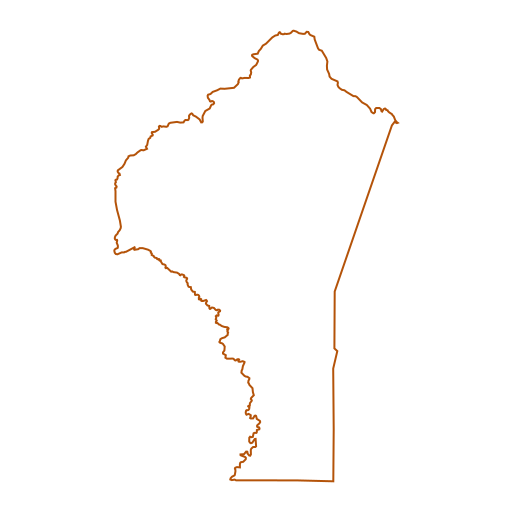 outline of Gondola, Manica, Mozambique
{"feature_id": "85939544B20117006553770", "entity_name": "Gondola", "entity_type": "district", "adm_level": 2, "iso_a3": "MOZ", "parent_name": "Mozambique", "parent_adm1": "Manica", "projection": "orthographic", "projection_center": [33.733, -19.19], "detail": "fine", "context": "isolated", "style": "outline", "palette": "amber", "viewbox_px": 512, "rotation_deg": 0, "n_neighbors": 0, "source": "geoboundaries", "source_scale": "gbopen_adm2", "svg_char_len": 6029}
<svg xmlns="http://www.w3.org/2000/svg" viewBox="0 0 512 512"><path d="M297.1,480.4L333.3,481.3L333.7,429.1L333.2,368.6L337.3,351.1L334.4,348.4L334.7,291.5L391.9,125.4L394.5,122.0L396.9,123.1L397.7,122.8L396.6,122.0L395.2,120.1L393.8,116.5L392.4,115.0L392.0,114.2L389.1,112.3L387.9,111.1L387.6,110.3L386.1,109.9L385.7,108.9L385.0,108.5L383.7,109.1L382.1,111.6L381.5,111.2L380.9,109.1L379.4,108.0L376.2,108.0L375.1,109.2L375.0,112.1L374.0,113.2L373.4,113.3L371.5,112.0L370.1,108.7L366.8,105.0L362.1,102.4L356.9,97.0L355.5,96.2L353.4,96.1L346.5,91.9L344.5,90.3L341.9,89.8L339.6,88.2L338.3,86.8L337.5,84.9L337.9,82.8L337.5,81.4L331.5,78.8L329.6,76.6L329.1,73.9L327.1,69.5L326.9,65.8L327.4,61.5L326.2,58.0L321.8,50.7L319.1,49.8L318.0,48.3L314.7,39.5L314.3,36.7L310.3,35.0L309.4,34.1L308.3,32.0L306.7,31.8L304.8,33.8L303.1,33.9L299.0,33.2L296.5,31.6L293.7,30.7L292.8,30.9L290.7,33.0L289.4,33.6L286.6,34.0L284.5,33.7L284.1,34.1L282.9,34.3L280.8,33.7L280.1,32.4L279.6,32.2L278.9,32.7L277.8,35.0L275.3,35.5L272.3,37.4L266.0,43.7L262.8,45.6L260.8,48.9L258.8,51.1L257.7,53.7L253.3,54.3L252.2,54.8L252.0,55.7L252.3,56.2L254.6,58.1L257.5,59.6L258.0,60.5L257.9,61.5L256.2,64.9L253.3,67.0L250.9,69.8L250.7,70.5L251.2,72.4L250.8,74.6L249.9,75.4L250.0,77.5L248.6,78.0L244.7,77.9L242.0,78.4L240.8,77.8L240.2,78.1L238.9,79.7L238.3,81.8L238.7,82.2L237.9,84.1L234.0,87.8L224.6,88.8L220.4,88.6L217.1,90.3L212.7,91.9L210.5,94.0L208.1,94.7L207.6,95.8L207.9,97.8L209.4,99.8L210.0,101.3L210.8,101.6L211.9,101.0L212.8,101.2L213.9,102.1L214.1,103.2L213.3,104.3L211.9,104.6L211.2,105.2L209.7,108.5L205.3,111.0L202.7,116.0L202.5,117.7L202.8,121.4L202.3,122.3L201.2,122.4L199.6,119.4L195.9,116.6L193.2,115.3L192.3,113.8L191.6,113.4L190.6,113.9L189.3,115.3L189.0,116.0L189.2,117.9L188.5,119.7L187.9,120.1L185.4,120.0L184.6,120.6L183.5,122.4L180.2,122.6L177.0,121.9L170.3,122.8L168.8,123.6L167.6,126.3L166.4,126.8L163.4,126.4L161.6,126.8L160.5,126.0L159.5,125.9L158.9,126.6L159.2,128.1L159.0,129.0L158.2,129.8L155.0,131.8L152.0,132.1L151.7,132.9L152.8,134.9L152.6,135.5L150.6,136.4L150.2,137.9L148.7,138.8L148.0,140.7L147.2,144.9L145.9,146.7L147.0,148.8L143.6,150.3L141.3,150.0L140.5,150.3L137.4,152.5L135.8,154.1L133.7,155.3L130.3,155.5L128.5,156.3L128.2,157.7L125.9,160.4L124.5,163.8L122.4,167.0L117.9,170.3L117.6,171.1L117.8,171.9L118.6,173.1L119.5,173.6L119.9,175.0L118.7,175.4L117.7,176.5L117.5,178.5L117.0,179.5L116.1,179.6L115.4,180.2L115.9,182.2L115.2,183.2L115.1,184.1L115.8,185.6L116.6,186.4L116.4,187.6L115.1,188.2L115.5,191.2L115.5,201.7L117.0,209.8L119.9,220.6L120.9,226.7L120.7,228.1L119.7,230.2L118.0,232.2L117.6,233.6L115.6,235.6L114.9,237.2L114.8,238.6L115.1,239.3L115.7,239.9L117.0,239.9L117.2,240.5L116.7,242.8L117.8,245.4L117.9,247.1L117.6,248.0L115.6,248.8L114.6,249.7L114.3,250.8L114.8,252.8L115.8,254.0L117.4,254.3L121.7,252.4L124.1,252.4L124.9,251.9L126.0,251.8L134.5,247.3L134.7,247.8L133.9,249.0L134.4,249.8L138.2,249.2L139.6,248.1L142.6,248.1L148.1,249.7L150.6,251.1L150.9,251.5L150.8,252.7L151.8,253.5L151.7,255.0L153.7,256.0L154.1,257.0L155.0,257.7L156.7,258.0L157.2,259.1L158.2,259.4L158.7,259.0L159.2,259.1L159.5,259.5L159.3,260.3L159.6,260.6L160.8,260.6L160.8,261.4L162.5,264.1L164.4,264.5L165.4,265.1L165.8,266.2L165.4,267.7L165.9,268.2L167.2,267.9L171.2,271.7L172.1,271.4L173.5,272.1L177.0,272.6L179.1,273.9L179.8,275.1L180.3,275.3L181.2,274.5L181.9,274.4L183.9,275.1L184.3,275.7L183.9,276.9L184.4,277.3L186.6,277.8L187.1,278.3L187.1,278.9L186.3,280.3L186.3,281.0L186.9,282.4L187.7,283.2L187.6,284.6L188.5,286.6L189.2,287.0L190.8,287.1L191.2,289.5L192.8,291.6L194.8,291.9L195.0,294.7L195.5,295.0L197.3,294.7L198.4,295.0L199.0,295.7L199.3,296.6L198.8,297.8L198.9,299.3L199.5,299.5L200.5,298.8L201.2,299.2L201.3,299.8L201.0,300.1L201.2,300.7L201.8,301.0L203.1,301.0L206.1,300.0L206.7,300.6L207.0,301.2L206.1,302.6L205.9,303.7L207.5,305.5L209.2,305.9L209.4,308.3L209.8,308.9L210.3,308.9L211.7,307.6L212.6,307.6L214.0,308.0L215.7,309.9L217.0,310.3L217.7,309.7L219.1,309.7L220.1,310.5L220.0,311.3L218.9,311.9L218.2,312.8L218.6,314.8L218.4,315.6L218.0,315.8L216.6,315.4L215.8,316.2L216.3,317.8L215.7,319.2L216.7,320.5L215.9,321.8L215.9,322.8L216.7,323.1L217.3,322.9L219.1,324.6L219.9,324.7L221.7,326.0L224.3,326.9L227.4,327.3L228.4,328.0L228.6,328.7L228.2,329.2L227.2,329.4L227.2,329.9L227.8,330.9L227.4,331.7L228.1,332.7L227.7,333.6L227.7,334.9L224.7,337.4L222.2,338.1L220.8,338.9L220.3,339.3L219.9,341.1L219.4,341.8L219.5,342.3L220.4,342.9L222.0,343.3L223.0,344.0L224.7,346.5L224.4,350.5L223.0,352.4L223.0,353.6L225.8,355.2L225.4,357.7L227.0,358.7L232.8,358.6L233.5,358.8L234.9,360.3L235.7,360.5L237.3,359.3L238.7,359.2L239.1,359.6L238.3,360.9L238.6,361.6L240.1,361.8L242.7,361.2L244.5,361.9L244.5,362.6L242.9,366.1L242.3,369.4L241.7,370.4L241.4,372.7L244.5,375.9L246.0,376.6L247.5,376.8L249.4,378.2L249.3,379.2L248.5,380.6L248.2,382.7L248.8,383.3L249.4,384.9L252.5,388.2L252.9,392.2L253.8,395.2L251.2,397.9L250.8,399.0L251.8,400.3L251.6,401.0L249.9,403.2L249.8,405.6L248.4,405.9L248.2,406.4L249.4,407.4L249.2,408.9L248.5,409.9L247.9,410.2L246.5,410.2L246.1,410.7L245.7,412.3L245.9,413.8L246.5,414.7L248.6,413.9L250.7,415.1L250.8,416.0L250.1,418.0L250.9,418.5L253.1,418.4L254.6,415.8L255.6,415.6L256.1,416.0L256.8,418.9L259.9,420.9L260.2,422.0L259.4,423.4L257.4,425.1L257.0,426.0L257.3,426.9L259.1,427.4L259.5,428.3L259.3,429.3L256.9,430.0L256.8,432.1L256.4,432.9L254.3,432.9L253.6,433.3L252.8,436.9L251.2,437.2L250.1,436.7L249.3,437.7L249.2,441.4L249.9,442.6L250.9,443.2L252.3,442.7L254.4,439.5L254.8,439.0L255.6,438.9L256.1,446.3L255.3,447.0L253.1,447.0L251.3,448.6L250.8,449.9L250.9,454.4L250.2,455.7L249.2,455.5L247.4,453.3L247.5,452.1L247.1,451.6L246.1,451.6L244.0,454.2L240.5,454.4L240.5,455.1L240.9,455.4L245.3,457.1L245.9,457.9L245.7,459.3L243.2,461.8L240.9,462.2L240.3,462.7L239.9,464.1L239.9,467.4L237.0,467.1L235.2,467.8L234.9,468.8L235.4,469.8L235.4,471.6L234.8,474.9L234.5,475.4L232.0,476.7L230.6,478.3L230.3,479.5L231.8,480.1L234.7,479.6L236.0,480.3L297.1,480.4Z" fill="none" stroke="#b45309" stroke-width="2"/></svg>